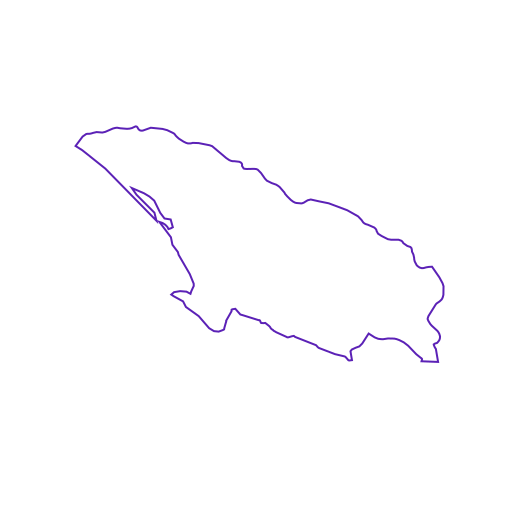 the border of Miranda, rotated 202°
{"feature_id": "VEN-47", "entity_name": "Miranda", "entity_type": "State", "adm_level": 1, "iso_a3": "VEN", "parent_name": "Venezuela", "parent_adm1": "", "projection": "albers", "projection_center": [-66.423, 10.291], "detail": "fine", "context": "isolated", "style": "outline", "palette": "violet", "viewbox_px": 512, "rotation_deg": 202, "n_neighbors": 0, "source": "natural_earth", "source_scale": "10m", "svg_char_len": 3465}
<svg xmlns="http://www.w3.org/2000/svg" viewBox="0 0 512 512"><g transform="rotate(202 256 256)"><path d="M258.1,176.0L259.0,174.9L262.3,171.9L266.8,170.6L272.4,171.5L286.6,178.8L301.9,182.5L306.6,186.6L317.4,187.9L320.1,188.5L318.4,191.8L313.2,195.0L307.1,196.9L302.6,196.4L302.8,199.1L302.5,204.9L303.4,207.0L310.6,214.4L328.2,228.1L329.9,230.4L337.7,235.1L341.9,241.5L358.3,251.4L355.0,251.6L351.8,251.0L349.1,249.8L347.2,248.2L345.4,249.7L343.9,251.5L348.8,257.9L354.9,256.5L360.9,260.1L371.1,269.2L377.0,271.2L383.3,272.2L396.6,272.5L389.7,268.0L366.4,258.1L361.5,251.4L428.5,280.6L456.7,289.0L464.5,290.4L464.3,291.2L461.5,301.8L459.1,305.5L458.0,306.2L456.9,306.6L455.7,307.2L454.4,308.1L453.2,309.1L450.2,311.2L444.7,312.9L442.3,314.6L436.4,320.6L434.5,322.0L432.9,322.9L429.6,323.6L423.2,325.6L421.0,326.7L419.0,328.1L416.3,331.0L415.2,331.3L414.3,331.0L413.3,330.2L412.2,329.4L410.4,329.0L409.1,329.3L407.9,329.9L401.6,335.5L390.3,338.8L385.5,339.4L379.2,339.0L377.8,338.8L376.7,338.3L375.7,337.6L373.9,336.8L371.4,335.9L366.0,334.9L363.2,334.7L361.2,334.9L358.9,335.9L357.9,336.5L357.0,337.2L351.5,339.2L340.5,341.3L337.8,341.4L320.4,335.7L316.7,334.9L314.6,334.9L313.0,335.2L311.5,335.8L306.8,337.1L305.1,337.0L303.8,336.4L303.2,335.7L302.7,334.3L300.2,332.5L299.2,332.6L297.2,333.2L290.4,336.1L288.3,336.7L286.8,336.7L282.4,334.8L276.7,331.1L274.1,329.9L268.7,329.5L264.0,329.7L261.7,329.3L259.9,328.8L253.3,325.4L252.8,324.9L252.5,324.6L249.4,323.0L244.6,321.0L241.9,320.3L239.8,320.1L238.4,320.3L233.8,321.7L233.2,322.0L232.5,322.6L231.8,323.2L229.0,327.0L226.4,328.9L218.0,330.3L208.3,332.1L188.5,332.6L176.2,331.0L171.6,328.9L169.2,327.3L167.6,326.8L166.0,326.7L164.0,326.9L157.0,326.7L155.2,326.0L154.1,325.2L153.6,324.4L151.2,322.4L147.0,321.6L140.0,321.0L136.8,321.7L129.9,324.5L126.7,324.6L126.1,324.3L125.2,323.9L124.2,323.1L119.5,322.0L116.2,322.2L114.8,321.5L113.8,320.1L113.0,318.5L110.6,316.3L108.6,313.4L108.2,312.4L106.8,310.4L103.5,307.6L102.2,307.1L100.0,306.6L98.8,306.7L97.8,306.8L96.8,307.2L95.8,307.8L94.0,309.2L91.9,310.5L88.8,312.0L78.0,304.9L72.8,300.6L70.8,298.2L67.7,290.2L67.4,288.0L67.4,286.2L67.7,284.9L68.8,282.6L70.8,279.6L71.2,278.4L73.6,264.9L73.5,263.0L73.3,261.9L72.0,260.5L68.9,258.2L66.9,257.2L59.7,254.5L58.4,253.7L57.0,252.6L55.3,250.5L54.7,248.8L54.5,247.2L54.7,245.8L55.1,244.5L55.5,243.3L57.4,241.7L58.1,240.6L57.7,240.0L56.0,238.3L54.4,237.2L47.5,226.0L63.1,220.4L63.4,222.6L63.6,222.8L64.4,223.2L65.1,223.3L70.7,225.0L81.3,229.8L86.7,231.3L91.7,231.7L94.6,231.6L96.9,231.2L102.7,229.0L107.1,226.4L108.8,225.8L111.7,225.0L115.5,225.0L122.5,226.3L124.7,214.7L126.3,210.9L129.1,208.4L132.1,205.2L132.5,203.8L132.7,203.1L130.9,200.1L128.0,195.4L130.5,194.0L131.4,194.0L132.3,194.5L135.1,195.9L136.1,196.1L146.0,194.6L163.0,194.3L163.4,194.3L164.5,194.6L166.9,195.8L189.4,195.6L191.0,196.1L192.7,195.0L194.9,193.2L195.9,192.5L196.7,192.3L197.1,192.4L208.8,192.9L209.8,193.1L211.6,193.3L211.9,193.4L212.1,193.5L212.4,193.7L212.8,193.8L214.0,194.0L215.2,194.5L215.6,194.8L215.8,195.0L216.5,195.5L217.6,196.0L221.6,197.2L222.4,197.4L223.6,196.7L225.2,196.1L225.9,195.9L226.4,195.9L228.1,197.6L228.5,197.8L228.8,197.8L229.5,197.5L245.6,196.2L248.6,195.9L255.4,199.3L258.0,197.7L258.5,197.1L258.5,196.9L258.4,196.7L258.2,196.1L258.1,195.9L258.0,195.5L259.4,185.0L259.4,184.7L259.3,184.4L259.2,184.3L259.1,184.2L259.0,183.6L259.0,183.0L258.4,177.4L258.1,176.0Z" fill="none" stroke="#5b21b6" stroke-width="2"/></g></svg>